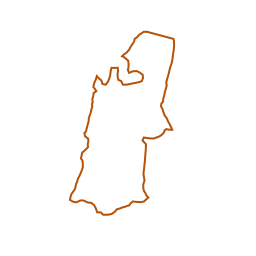 the district of Paracambi, Rio de Janeiro, Brazil, rotated 324°
{"feature_id": "56859067B55685454752047", "entity_name": "Paracambi", "entity_type": "district", "adm_level": 2, "iso_a3": "BRA", "parent_name": "Brazil", "parent_adm1": "Rio de Janeiro", "projection": "robinson", "projection_center": [-43.72, -22.62], "detail": "fine", "context": "isolated", "style": "outline", "palette": "amber", "viewbox_px": 256, "rotation_deg": 324, "n_neighbors": 0, "source": "geoboundaries", "source_scale": "gbopen_adm2", "svg_char_len": 2188}
<svg xmlns="http://www.w3.org/2000/svg" viewBox="0 0 256 256"><g transform="rotate(324 128 128)"><path d="M133.3,67.7L130.6,69.8L128.2,71.1L126.3,72.4L124.1,74.4L124.2,77.0L124.0,79.6L120.8,79.5L118.4,81.9L115.8,84.0L114.7,86.4L112.8,87.5L111.8,89.6L109.2,91.5L107.3,93.3L105.4,94.7L102.5,96.6L100.0,99.5L97.0,101.9L93.7,104.6L91.9,106.1L89.7,106.5L88.4,109.7L89.5,113.0L88.3,115.3L86.0,117.3L84.4,120.0L81.3,120.5L78.8,120.8L76.5,121.0L73.9,123.3L72.0,125.1L72.0,127.6L70.5,130.3L68.1,133.5L65.1,135.5L61.4,137.8L57.7,139.6L55.3,141.5L52.9,142.9L50.8,144.9L48.6,146.5L46.0,147.3L43.3,148.3L41.3,149.7L38.8,152.0L40.2,155.4L42.5,157.8L46.0,158.4L48.1,159.3L49.8,161.1L51.4,164.3L54.3,167.0L55.3,170.7L54.6,174.7L53.5,178.1L56.4,180.3L57.0,183.6L61.0,186.5L64.4,188.0L68.3,188.0L71.2,187.2L74.0,188.3L76.9,189.0L79.0,189.9L81.4,190.5L83.3,191.3L85.6,190.6L88.6,190.2L90.6,192.0L92.3,193.5L95.0,195.7L98.0,196.9L100.9,196.4L103.5,196.3L103.2,193.5L103.8,190.8L103.9,188.2L105.1,185.5L107.2,182.6L110.4,180.3L112.1,177.0L113.5,174.2L115.6,171.9L117.8,169.6L120.5,166.5L122.6,164.3L124.8,161.6L126.7,159.3L128.6,157.2L130.2,155.3L133.0,151.7L132.4,146.7L135.2,145.0L137.4,147.2L139.9,149.5L142.7,151.7L145.2,152.3L147.7,153.1L150.6,153.4L154.0,152.9L156.2,151.5L158.3,151.4L160.0,153.3L162.7,155.4L163.4,152.4L164.0,149.0L164.3,146.1L165.1,143.0L165.0,139.5L165.9,136.2L167.0,133.1L167.5,129.8L169.4,127.8L171.5,127.5L173.6,125.2L176.7,122.7L179.2,120.4L182.1,118.2L184.5,116.1L185.7,113.7L188.5,111.3L192.0,108.7L195.9,105.3L198.4,103.3L201.2,101.4L204.4,98.5L206.8,95.8L208.7,93.9L210.8,91.8L213.3,89.0L215.9,85.3L217.2,82.7L199.9,61.3L197.2,59.4L194.6,59.4L191.9,59.1L188.7,59.9L185.8,59.8L184.0,61.5L181.6,62.5L178.2,63.7L175.2,65.2L171.7,66.1L168.2,66.1L165.4,66.5L166.5,68.5L167.2,71.1L167.7,73.6L166.0,76.8L163.8,79.5L162.1,80.8L161.3,84.1L165.1,84.9L168.5,87.0L170.0,89.9L171.2,93.6L169.5,96.4L166.7,98.2L163.9,97.4L152.3,92.1L149.3,89.9L150.1,85.9L148.5,83.5L149.5,81.0L151.0,78.5L153.7,75.7L155.1,73.2L152.7,71.7L150.0,69.6L147.3,71.9L144.8,74.7L141.9,77.0L139.1,78.7L135.4,79.9L133.2,77.3L134.4,73.9L133.6,70.8L133.3,67.7Z" fill="none" stroke="#b45309" stroke-width="2"/></g></svg>